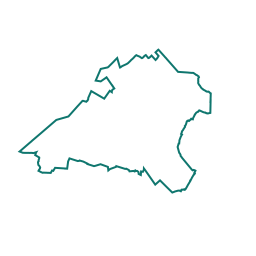 Oirschot, Noord-Brabant, Netherlands, rotated 31°
{"feature_id": "6326949B78651691159408", "entity_name": "Oirschot", "entity_type": "district", "adm_level": 2, "iso_a3": "NLD", "parent_name": "Netherlands", "parent_adm1": "Noord-Brabant", "projection": "albers", "projection_center": [5.295, 51.489], "detail": "fine", "context": "isolated", "style": "outline", "palette": "teal", "viewbox_px": 256, "rotation_deg": 31, "n_neighbors": 0, "source": "geoboundaries", "source_scale": "gbopen_adm2", "svg_char_len": 4827}
<svg xmlns="http://www.w3.org/2000/svg" viewBox="0 0 256 256"><g transform="rotate(31 128 128)"><path d="M181.1,55.7L180.2,55.7L179.4,55.5L178.5,55.3L178.4,55.3L178.1,55.4L178.0,55.5L177.7,55.8L177.0,56.1L176.6,56.3L176.2,56.3L176.1,56.2L175.9,56.2L175.6,56.3L175.4,56.3L174.6,56.2L174.3,56.2L173.6,56.3L173.3,56.3L172.9,56.3L172.6,56.3L172.4,56.3L172.1,56.1L171.8,56.1L171.6,56.1L171.2,56.1L170.6,56.0L169.5,55.6L167.8,54.7L166.9,54.4L166.7,54.4L165.6,53.7L165.3,53.6L165.2,53.5L164.5,52.5L164.2,51.7L163.6,51.0L163.5,50.8L163.4,50.7L163.2,50.1L162.8,49.5L162.7,49.4L162.7,49.0L162.6,48.7L162.6,48.3L162.7,48.0L162.0,47.4L161.8,47.4L159.7,47.2L159.0,47.4L158.8,47.3L155.7,47.1L155.1,47.4L154.6,47.7L154.5,47.8L152.3,48.9L150.6,49.7L142.0,54.1L134.5,51.7L126.6,49.2L123.9,48.3L123.6,48.3L122.5,47.9L113.7,45.2L113.5,45.6L113.1,47.2L112.6,49.0L117.1,50.5L117.1,52.2L117.1,52.5L117.1,53.0L117.0,53.5L117.0,53.8L116.6,55.5L110.9,53.8L110.5,55.4L110.2,56.3L109.9,57.1L109.4,57.6L105.7,56.3L105.4,56.8L105.3,57.1L105.1,57.6L104.9,58.0L104.8,58.6L104.8,58.9L104.7,59.3L104.7,59.5L104.2,60.5L104.1,60.8L103.9,61.0L101.8,60.9L101.3,60.8L99.5,61.1L99.0,61.2L97.6,61.3L97.0,63.0L96.8,64.2L96.5,65.5L96.2,66.6L95.7,68.0L95.5,69.1L95.1,70.6L94.7,72.1L94.5,72.7L94.2,73.2L94.0,73.7L91.5,77.4L91.2,77.8L91.0,78.2L90.2,80.1L90.0,80.3L82.7,73.6L81.9,76.8L81.6,78.3L81.1,80.3L80.0,84.6L79.9,85.2L79.4,86.5L74.2,91.4L75.9,104.0L80.6,102.1L82.6,97.7L83.5,95.6L86.8,97.1L93.2,100.0L93.2,99.9L95.9,101.2L94.9,103.3L95.3,105.1L95.6,105.6L93.2,105.5L92.5,115.1L77.5,115.3L78.3,121.8L78.5,122.9L79.0,123.6L79.1,124.4L79.2,125.3L79.0,126.0L78.9,126.0L78.8,126.5L78.7,127.0L77.7,127.2L77.6,127.3L76.1,127.7L75.6,127.8L75.0,128.2L74.9,128.8L73.5,135.6L71.0,148.8L62.4,158.0L55.8,178.0L52.3,188.4L52.1,189.2L51.3,191.5L47.6,202.8L47.2,204.0L50.7,203.4L56.7,199.9L58.4,198.8L59.8,198.3L61.8,196.0L61.8,196.3L62.3,198.4L62.4,199.0L67.1,199.0L67.3,199.2L67.4,199.4L67.5,199.8L67.6,200.1L67.9,201.4L67.9,201.6L68.3,202.2L68.4,202.4L68.5,202.5L68.5,202.8L68.4,203.2L68.4,203.3L68.4,203.5L68.5,203.7L68.6,203.9L70.0,205.6L70.2,205.8L70.3,205.9L71.3,206.1L71.8,206.3L72.8,206.9L73.0,207.0L73.3,207.9L73.4,208.1L73.4,208.3L73.3,209.7L73.3,210.0L73.3,210.4L73.4,210.7L73.4,210.8L74.6,210.7L75.7,210.6L76.4,210.6L76.9,210.5L78.0,210.3L78.5,209.8L84.9,206.3L84.8,203.5L86.0,203.2L86.0,199.7L95.7,194.7L95.7,194.8L96.8,194.2L93.9,187.5L93.5,184.2L102.0,182.2L103.3,181.1L103.3,180.8L107.0,179.8L111.7,179.4L111.8,179.8L118.5,178.2L119.6,177.1L123.1,173.2L130.8,171.7L133.0,174.5L133.7,172.5L137.8,167.4L137.8,166.9L137.7,166.7L146.7,164.5L147.4,163.8L150.4,163.6L151.6,164.4L154.8,162.0L156.1,161.8L156.1,160.6L156.9,160.7L157.9,160.1L159.5,160.3L159.9,160.6L160.0,160.7L160.8,161.9L163.2,161.7L161.6,158.5L163.3,157.9L163.2,157.1L163.2,156.6L163.1,155.9L163.1,155.6L163.0,155.4L162.5,154.5L164.9,155.5L180.5,162.5L182.4,156.4L191.3,158.6L199.2,160.5L200.5,158.9L200.8,158.4L203.1,156.0L203.4,155.8L203.6,155.6L204.0,155.4L204.3,155.2L204.6,155.2L204.9,155.1L205.9,155.0L205.9,154.5L205.9,154.3L205.8,154.2L205.7,153.9L205.6,153.7L205.6,153.4L205.8,153.1L206.1,152.9L206.3,152.8L206.9,152.6L207.0,152.5L207.5,151.9L207.6,151.7L208.2,151.9L208.3,151.8L208.5,151.7L208.4,151.3L208.5,151.0L208.7,150.7L208.9,150.3L208.8,150.0L208.8,148.7L208.8,147.8L208.7,146.5L208.7,141.9L208.1,142.2L208.6,141.7L208.4,141.1L208.6,141.0L208.5,138.4L208.4,137.8L208.4,134.9L208.3,132.9L208.7,133.0L208.7,132.4L208.3,132.2L207.9,132.0L207.9,130.6L207.8,129.8L207.7,129.8L205.9,130.1L205.2,131.0L204.1,130.8L189.1,125.5L188.9,125.3L187.4,124.8L186.8,123.9L185.8,123.3L184.9,122.9L184.7,122.9L180.3,118.7L180.0,117.4L179.4,115.2L179.6,114.9L179.8,114.8L178.9,112.9L178.5,112.2L178.3,111.5L178.3,111.4L177.8,108.7L177.7,107.8L177.7,107.3L177.6,106.9L177.7,105.9L177.1,105.9L176.6,105.8L176.6,105.5L176.6,105.1L176.5,104.5L176.4,104.1L176.2,103.9L176.0,102.7L176.2,101.7L176.2,101.3L176.2,100.8L176.1,100.6L176.2,99.8L176.2,99.7L176.2,99.3L176.2,99.1L176.2,98.4L176.3,97.9L176.3,97.6L175.7,97.0L175.9,96.0L175.8,95.1L175.6,94.2L175.5,93.7L175.1,92.6L175.1,92.4L175.1,92.0L175.1,91.6L175.2,91.3L175.6,91.3L175.8,91.2L175.9,90.4L176.3,90.3L176.8,90.3L176.9,89.8L177.0,89.4L177.2,89.0L177.2,88.8L177.2,88.6L177.3,88.1L177.4,87.5L177.7,87.5L178.4,87.6L178.8,87.2L179.1,87.1L178.7,86.2L178.6,84.2L178.6,83.8L178.5,83.6L178.5,83.2L178.4,82.5L178.5,82.5L178.5,81.1L178.6,80.1L178.6,79.8L179.4,78.2L179.6,77.7L179.8,77.7L179.9,76.8L179.9,76.3L180.0,76.2L180.3,76.1L181.9,75.9L182.9,75.8L183.1,75.8L184.1,75.7L184.4,75.6L184.6,75.6L186.6,75.0L186.8,75.0L186.8,74.9L187.0,74.9L188.2,74.8L188.7,74.4L188.8,74.4L189.0,74.4L189.6,73.8L190.3,73.0L190.6,72.8L190.5,72.7L190.6,72.3L185.8,63.9L185.8,64.0L185.7,63.9L185.5,63.7L184.4,61.6L181.1,55.7Z" fill="none" stroke="#0f766e" stroke-width="2"/></g></svg>